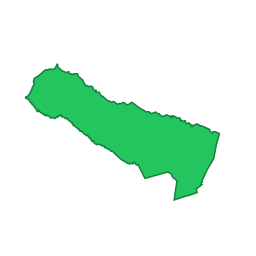 Yatta, Eastern, Kenya (orthographic projection), rotated 156°
{"feature_id": "3690345B64365899844795", "entity_name": "Yatta", "entity_type": "district", "adm_level": 2, "iso_a3": "KEN", "parent_name": "Kenya", "parent_adm1": "Eastern", "projection": "orthographic", "projection_center": [37.614, -1.242], "detail": "fine", "context": "isolated", "style": "filled", "palette": "green", "viewbox_px": 256, "rotation_deg": 156, "n_neighbors": 0, "source": "geoboundaries", "source_scale": "gbopen_adm2", "svg_char_len": 5953}
<svg xmlns="http://www.w3.org/2000/svg" viewBox="0 0 256 256"><g transform="rotate(156 128 128)"><path d="M53.6,77.5L46.8,85.5L46.9,85.8L47.7,86.7L47.9,87.3L48.6,87.6L49.5,88.8L50.4,89.5L50.7,89.5L51.7,90.0L53.1,89.2L53.5,89.4L53.9,90.5L54.3,91.1L54.6,92.1L54.1,92.6L53.9,93.0L54.0,93.4L54.7,94.4L55.3,94.8L56.3,96.1L57.4,97.2L58.1,98.2L59.0,99.0L59.6,99.4L59.8,100.0L60.1,100.3L60.4,100.5L61.5,100.6L61.7,100.9L62.1,102.6L62.9,103.0L63.5,103.6L64.2,103.9L64.6,103.9L65.2,103.3L65.6,103.2L65.9,103.3L66.5,103.9L67.1,104.1L67.5,104.1L68.6,103.1L69.3,103.2L69.5,103.4L69.5,103.7L69.1,104.5L69.1,105.5L69.3,105.9L70.2,106.5L70.1,107.3L70.3,107.9L70.9,108.2L72.3,108.1L72.8,108.4L73.1,109.0L73.2,109.4L73.2,109.9L72.7,110.9L72.9,111.5L73.6,111.7L74.8,111.6L75.3,111.8L75.5,112.1L75.5,112.8L75.7,113.1L76.7,113.0L77.0,113.2L77.0,113.8L76.7,114.2L76.5,115.3L76.6,116.0L77.1,116.5L78.0,116.4L78.6,116.8L79.2,117.7L81.7,120.8L82.1,120.9L82.5,120.8L82.9,120.4L82.9,120.0L83.2,119.7L83.7,119.6L83.9,119.9L83.9,120.3L83.6,121.2L83.8,121.5L84.1,121.5L84.8,121.3L85.1,121.4L85.3,121.6L86.1,122.9L87.2,124.2L88.3,124.4L89.1,124.0L90.5,124.5L91.5,124.3L91.8,124.4L93.3,126.5L93.7,128.2L95.1,129.1L95.9,131.0L96.4,131.3L100.5,131.6L100.9,131.7L101.1,132.0L102.4,134.4L102.8,134.7L104.4,135.1L105.0,135.4L105.3,136.3L107.2,138.6L109.7,142.2L110.7,144.2L111.7,145.8L112.5,147.4L114.2,150.0L114.8,150.0L116.3,149.4L118.4,149.4L119.2,149.6L119.5,149.8L120.1,150.4L120.9,152.3L121.1,152.6L121.7,153.1L122.1,153.3L123.2,153.3L124.6,153.1L125.8,153.9L127.7,153.8L128.0,154.0L128.3,154.7L129.0,155.6L129.6,157.0L130.3,157.9L131.2,158.3L133.2,158.5L134.1,160.3L135.2,161.1L136.3,162.4L136.6,164.0L137.4,165.1L137.7,166.4L138.0,167.1L138.7,167.5L139.4,168.4L139.6,168.9L139.5,169.7L139.7,170.9L139.6,171.9L139.8,172.4L141.2,173.2L142.8,173.6L142.9,173.9L142.0,175.1L141.8,175.4L141.9,175.7L142.1,175.8L143.1,175.7L143.5,175.8L143.7,176.2L143.9,177.9L143.6,178.9L143.6,179.6L143.9,180.1L144.8,181.3L145.8,181.4L147.2,182.1L147.8,183.0L148.6,183.5L149.1,184.0L149.5,185.1L150.0,185.7L150.0,186.3L149.7,187.1L149.7,187.5L150.0,188.5L149.8,190.2L150.7,191.7L151.2,193.4L152.1,194.3L152.2,194.7L152.2,198.1L152.5,198.4L154.7,199.3L155.7,199.5L156.9,199.5L157.1,199.6L157.3,199.8L157.4,200.3L157.7,200.6L158.7,200.8L159.0,201.0L159.3,201.4L159.5,202.5L159.1,203.3L159.2,203.7L161.3,203.7L162.0,203.9L162.6,204.6L163.2,205.0L163.7,206.0L164.6,206.5L164.8,206.9L165.1,207.9L165.5,208.4L165.7,209.1L166.3,210.2L167.0,211.2L167.2,212.7L166.5,214.4L166.5,214.8L166.8,215.1L167.9,214.3L169.0,212.9L171.0,212.2L172.5,212.0L172.9,212.1L174.9,213.5L175.9,213.4L176.5,213.8L177.7,213.7L178.8,214.4L179.6,214.6L181.5,214.3L186.2,212.7L187.2,212.6L189.4,211.9L192.5,211.6L193.7,211.3L194.5,210.0L194.9,209.8L195.6,208.6L195.7,207.1L195.8,206.4L196.1,206.1L197.0,205.2L198.8,204.1L200.5,202.1L201.5,201.5L201.8,200.8L205.5,198.3L206.1,198.0L208.4,198.0L209.0,197.8L209.2,197.5L208.2,197.1L208.1,196.7L208.3,196.5L208.7,196.1L207.8,195.9L207.7,195.3L207.0,195.0L207.2,194.2L207.1,193.9L207.2,193.5L206.6,191.8L206.9,191.3L206.9,191.0L206.1,190.1L206.0,189.8L206.1,188.8L205.2,188.1L205.2,187.9L205.5,187.5L204.8,185.4L205.0,185.1L205.0,184.7L204.7,184.2L204.3,182.8L204.5,181.9L204.1,180.5L204.2,179.9L204.0,179.7L202.9,179.9L202.3,180.6L202.0,180.4L202.0,179.8L202.3,179.3L201.6,178.1L201.6,177.7L201.1,177.2L200.1,175.7L199.7,175.7L199.0,174.0L199.3,173.8L199.1,173.4L198.7,173.4L197.7,173.5L197.5,172.8L197.2,172.7L197.2,172.0L196.9,172.1L196.4,172.4L196.2,172.3L195.3,170.7L195.0,169.7L194.3,168.3L193.5,168.4L192.7,168.0L191.8,167.3L191.5,167.1L191.0,167.3L190.8,167.0L190.9,166.5L190.2,166.7L189.0,166.5L188.7,166.6L188.4,167.0L187.5,167.3L187.2,166.7L186.9,166.5L186.5,166.7L186.4,167.1L185.3,167.4L185.0,167.4L184.8,167.1L184.6,167.0L183.8,167.0L183.7,166.7L184.1,166.0L184.0,165.4L183.6,164.8L182.1,164.0L181.9,163.3L181.4,162.6L181.5,162.2L180.8,162.0L180.5,161.7L180.1,162.1L179.8,162.1L179.6,161.8L179.4,161.0L179.6,160.0L179.2,159.4L178.9,159.2L178.6,158.4L177.4,155.8L176.7,155.3L176.8,155.0L177.2,154.5L176.7,153.6L177.0,152.4L176.2,152.1L175.9,151.9L175.5,150.5L175.1,149.6L174.8,149.4L174.4,148.7L174.4,147.7L174.2,147.5L173.5,147.6L173.2,147.3L173.1,146.9L173.4,146.4L173.1,145.7L173.2,144.5L172.3,144.1L171.6,144.2L171.4,143.9L171.4,143.1L171.0,142.6L171.0,141.6L170.7,140.7L170.2,140.6L170.0,139.9L169.3,139.1L169.4,138.3L168.9,137.8L168.1,137.9L168.0,137.5L167.5,137.0L167.4,136.4L167.8,136.1L167.3,134.8L166.8,134.2L167.0,134.0L166.8,133.6L166.5,133.4L166.6,132.8L166.3,131.6L166.3,130.5L166.1,130.3L165.5,130.5L165.1,130.5L164.8,130.2L165.4,129.7L165.1,129.5L164.7,129.5L164.5,129.1L164.9,127.9L164.6,127.6L164.6,127.2L164.4,126.9L163.8,126.5L163.5,125.7L163.2,125.4L161.1,125.1L160.8,124.9L160.7,124.6L160.4,124.5L160.1,123.6L159.2,122.7L158.9,122.7L159.0,122.4L158.8,122.1L158.4,122.0L158.0,121.5L157.5,121.1L157.4,120.8L156.8,120.0L157.2,119.9L157.3,119.6L157.1,119.4L156.5,119.4L156.2,119.1L155.3,117.3L154.9,117.1L154.8,116.8L153.9,116.1L153.4,115.3L153.4,114.6L153.1,113.8L152.7,113.7L152.2,113.2L151.8,113.1L151.5,112.8L151.1,111.6L150.6,110.8L150.6,109.8L150.0,109.2L149.9,108.6L149.4,108.0L149.4,107.6L149.1,106.9L149.0,106.3L148.6,105.8L147.6,103.1L147.0,102.0L146.5,101.5L146.4,100.9L146.2,100.6L145.8,100.4L145.3,99.8L145.2,99.4L144.5,98.7L144.4,98.4L144.1,97.9L143.4,97.4L143.4,96.7L143.3,96.4L142.8,96.1L142.7,95.8L141.8,95.3L141.5,94.8L140.5,94.3L140.2,94.4L138.7,94.0L138.2,93.4L137.1,93.7L136.5,94.1L136.0,93.8L135.9,93.4L135.8,92.2L135.5,91.3L135.1,90.7L134.6,90.3L133.9,90.3L133.7,90.1L133.0,75.2L132.4,75.0L130.7,74.7L109.4,71.6L108.6,70.4L107.2,68.0L107.3,64.9L104.7,60.0L115.1,43.5L111.5,43.1L111.2,43.2L109.6,42.9L108.1,42.9L106.2,42.5L104.9,42.5L101.8,42.1L100.4,41.7L91.1,40.9L90.3,44.6L83.8,46.1L84.1,46.3L84.0,47.1L83.8,47.5L82.2,48.3L82.3,48.8L82.5,49.1L72.5,57.8L62.1,65.2L53.6,77.5Z" fill="#22c55e" stroke="#15803d" stroke-width="1.5"/></g></svg>